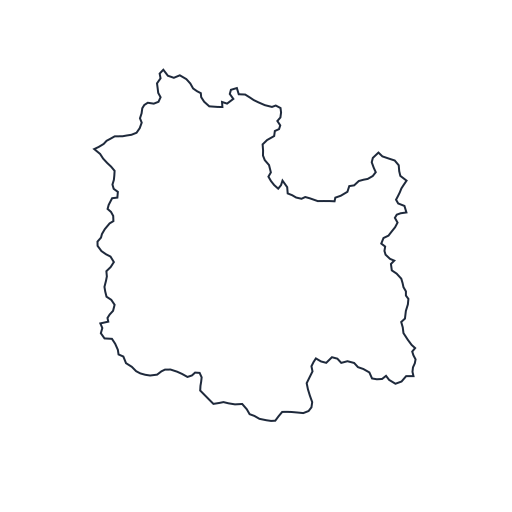 Jundiaí, São Paulo, Brazil (Robinson projection), rotated 288°
{"feature_id": "56859067B11447727870943", "entity_name": "Jundiaí", "entity_type": "district", "adm_level": 2, "iso_a3": "BRA", "parent_name": "Brazil", "parent_adm1": "São Paulo", "projection": "robinson", "projection_center": [-46.901, -23.201], "detail": "fine", "context": "isolated", "style": "outline", "palette": "slate", "viewbox_px": 512, "rotation_deg": 288, "n_neighbors": 0, "source": "geoboundaries", "source_scale": "gbopen_adm2", "svg_char_len": 3425}
<svg xmlns="http://www.w3.org/2000/svg" viewBox="0 0 512 512"><g transform="rotate(288 256 256)"><path d="M190.4,442.9L194.2,440.6L198.6,439.7L203.0,440.2L207.0,439.7L210.2,436.4L213.4,434.1L217.6,435.8L219.5,431.5L223.2,426.3L228.2,420.1L233.5,417.6L238.1,414.5L242.5,417.0L250.1,415.5L256.9,415.4L262.3,414.2L264.7,410.8L268.7,409.5L271.9,405.9L275.5,403.8L279.3,401.2L282.7,395.2L284.3,389.6L290.1,386.8L294.3,388.9L294.7,384.3L297.3,378.8L300.5,376.6L304.9,375.9L306.5,371.3L312.5,371.7L316.3,375.7L321.3,377.5L326.3,379.4L331.5,380.3L335.2,376.3L338.8,377.1L341.3,380.3L343.9,385.6L349.5,381.7L349.9,375.0L352.8,371.8L356.8,372.5L360.9,373.1L365.2,373.4L369.0,374.4L374.2,375.9L376.8,368.5L380.9,366.0L386.4,363.7L389.7,358.4L389.7,352.0L389.8,345.4L392.2,340.5L385.4,336.8L380.9,337.1L376.3,340.7L372.7,344.0L368.1,342.3L363.8,338.4L361.9,334.9L359.1,330.6L353.5,327.5L351.3,323.1L345.3,323.1L339.5,318.0L336.0,313.4L332.3,313.8L330.9,308.7L329.2,303.4L327.3,297.8L327.5,289.3L327.3,284.6L324.5,281.6L324.0,276.1L325.0,271.6L325.3,266.8L331.1,264.4L335.9,257.9L331.1,257.9L326.9,256.3L329.1,251.3L331.9,247.1L335.3,243.3L340.1,244.3L346.5,240.3L349.9,234.7L353.7,231.6L358.6,230.1L364.2,227.8L369.7,230.7L375.7,236.2L380.7,235.3L383.8,238.7L387.7,238.7L391.0,234.6L395.3,236.4L400.2,235.5L404.3,233.6L405.2,228.3L402.7,225.1L402.2,217.8L402.9,210.6L403.6,205.6L404.8,201.4L406.2,195.8L404.5,189.6L409.8,185.9L406.3,180.8L402.0,181.0L398.4,185.9L392.0,181.4L392.0,176.1L387.3,178.0L385.9,173.4L383.9,165.3L386.7,159.0L390.1,154.8L393.8,153.2L394.5,149.0L395.9,144.4L399.7,140.3L402.7,135.1L404.3,127.7L400.1,122.8L400.2,116.5L404.5,110.3L399.7,108.0L395.5,110.3L389.6,108.5L385.0,110.7L380.9,112.6L377.5,116.2L372.5,115.6L369.3,111.7L368.3,105.7L365.1,103.1L361.4,102.2L356.3,103.1L351.1,103.1L347.5,106.1L341.6,105.9L336.3,104.3L332.8,100.1L330.7,95.9L328.7,92.2L326.1,84.6L322.3,81.1L319.4,78.3L315.5,76.5L311.1,72.7L307.7,69.1L304.9,76.2L301.4,80.5L298.5,85.7L296.2,90.6L293.3,95.2L288.7,96.4L284.5,97.3L279.6,97.4L275.9,99.9L274.3,104.8L268.7,106.1L266.5,101.3L259.1,100.1L254.9,100.3L253.1,104.5L250.0,107.8L245.1,109.6L241.8,106.7L234.8,103.9L229.3,102.7L225.6,102.9L220.7,100.8L216.7,102.2L212.9,107.5L211.3,112.8L210.5,117.8L206.3,122.7L200.6,121.2L195.3,118.4L190.4,120.5L186.0,121.0L179.8,121.4L175.6,123.6L171.1,126.4L169.6,131.9L165.9,136.6L159.7,137.0L155.1,134.9L151.2,133.9L147.9,135.8L143.8,128.8L140.0,132.1L134.6,132.3L130.8,137.4L132.7,144.6L129.0,149.2L124.1,153.6L119.9,155.7L119.4,160.9L113.9,165.5L112.2,172.2L109.4,177.6L108.6,182.2L108.8,187.3L109.6,192.2L112.6,198.6L117.1,201.7L119.8,204.5L121.6,209.8L121.6,216.7L121.0,222.1L119.8,228.2L122.6,232.0L126.3,234.1L127.4,238.5L123.8,241.8L119.4,242.7L115.4,243.3L110.8,244.5L107.8,250.3L105.0,255.7L102.2,261.2L104.9,266.5L107.0,270.2L107.4,275.4L108.4,281.9L111.0,288.6L107.4,294.6L103.6,298.8L103.4,303.9L102.2,309.6L103.0,316.6L103.8,321.3L105.3,325.2L110.6,327.0L115.8,329.1L117.2,333.1L118.6,337.9L120.0,344.0L121.2,349.5L124.8,353.9L129.2,355.5L134.4,354.6L140.1,350.2L145.4,346.5L150.7,343.5L157.0,344.4L163.7,345.4L168.3,342.8L172.9,343.5L177.1,344.6L175.8,350.4L176.1,355.8L183.2,359.5L183.5,365.1L180.7,370.1L184.2,375.5L184.6,382.4L181.8,387.3L181.7,393.0L180.3,399.8L175.4,404.2L176.1,409.0L178.0,413.9L182.2,416.7L179.3,420.9L177.6,428.1L181.6,433.2L188.1,435.9L190.4,442.9Z" fill="none" stroke="#1e293b" stroke-width="2"/></g></svg>